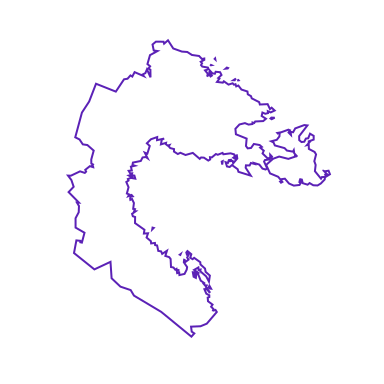 Zamboanga Sibugay, Zamboanga Sibugay, Philippines (Robinson projection), rotated 286°
{"feature_id": "2640588B82865823535715", "entity_name": "Zamboanga Sibugay", "entity_type": "district", "adm_level": 2, "iso_a3": "PHL", "parent_name": "Philippines", "parent_adm1": "Zamboanga Sibugay", "projection": "robinson", "projection_center": [122.765, 7.61], "detail": "fine", "context": "isolated", "style": "outline", "palette": "violet", "viewbox_px": 384, "rotation_deg": 286, "n_neighbors": 0, "source": "geoboundaries", "source_scale": "gbopen_adm2", "svg_char_len": 6124}
<svg xmlns="http://www.w3.org/2000/svg" viewBox="0 0 384 384"><g transform="rotate(286 192 192)"><path d="M56.7,233.2L57.7,230.2L62.3,228.2L65.3,237.2L69.5,242.5L83.5,248.9L85.1,247.1L84.0,245.5L84.0,244.8L85.4,244.9L87.0,242.0L89.4,242.8L91.4,237.5L94.8,236.2L95.8,237.6L97.5,237.1L98.2,233.8L102.0,230.7L102.7,232.0L102.1,234.0L100.4,236.3L100.2,237.2L104.7,231.4L106.2,231.8L105.9,230.1L107.3,228.0L107.7,228.1L107.7,229.0L107.8,229.0L109.2,224.8L115.0,220.3L114.6,218.7L110.5,219.4L111.0,216.9L115.1,214.9L116.3,219.5L117.7,215.5L121.2,218.9L118.8,219.9L119.8,221.6L118.1,221.8L114.8,228.9L110.5,233.0L116.6,232.2L119.0,227.1L122.0,225.6L124.7,220.1L126.8,219.3L129.3,212.2L127.6,211.1L128.3,208.4L132.0,208.5L134.0,203.9L132.3,203.2L130.7,204.2L131.8,205.0L130.9,206.1L127.7,205.4L126.0,207.3L123.0,205.0L124.7,203.7L124.7,203.1L122.2,203.5L118.5,208.0L115.9,208.3L111.2,207.4L108.7,202.8L111.0,201.9L109.9,200.1L113.8,198.3L112.7,197.3L114.3,195.0L114.1,192.5L121.7,189.9L123.1,188.0L123.2,184.0L128.6,184.1L124.3,180.4L126.4,178.7L126.1,175.8L131.0,173.2L130.8,171.2L132.8,170.4L131.3,166.9L133.4,166.0L135.7,160.9L140.2,161.1L138.8,157.2L142.6,156.7L146.4,145.8L152.3,144.2L152.4,141.8L154.5,140.4L158.0,143.2L157.7,141.7L159.8,141.9L159.6,140.1L165.4,139.2L168.7,136.3L167.5,134.9L168.8,134.3L170.5,134.2L171.5,136.2L172.5,134.7L170.4,131.9L172.3,132.3L172.6,129.8L179.1,129.7L183.5,126.1L185.5,127.8L186.8,126.8L188.7,129.3L189.2,133.8L191.9,132.1L191.6,130.0L189.4,130.8L190.4,126.8L191.8,129.3L193.5,129.3L192.8,127.5L194.9,125.3L196.1,128.2L199.5,126.3L201.5,129.8L201.6,127.3L204.0,127.1L207.7,134.2L211.6,135.0L212.9,137.9L212.2,140.0L216.8,135.8L216.5,138.5L224.6,138.7L226.4,135.2L231.4,138.0L235.2,143.4L232.2,144.1L235.7,150.5L233.9,148.5L229.2,149.0L232.1,153.5L230.8,153.6L229.9,155.8L230.9,157.4L229.5,157.0L228.2,159.0L228.3,162.9L225.9,163.5L224.6,167.9L226.5,170.0L225.8,175.6L229.8,182.0L226.0,190.3L227.7,191.2L228.3,194.0L226.7,199.0L228.3,200.5L230.4,199.7L230.7,201.5L235.1,204.5L234.9,206.5L238.0,210.6L236.9,211.7L239.8,218.4L239.8,222.1L238.5,223.0L239.6,225.0L236.7,226.3L230.9,223.7L233.1,222.5L232.2,220.3L233.6,220.4L232.8,218.6L229.8,218.5L229.9,216.1L226.2,218.6L226.4,221.3L228.9,223.0L226.5,229.6L224.2,231.1L223.9,244.0L230.1,236.9L232.5,236.5L233.4,240.1L236.1,240.6L236.2,244.6L237.0,243.8L236.9,249.2L233.9,253.3L233.9,256.5L235.3,257.8L241.1,252.9L242.8,253.3L244.4,256.9L248.5,249.2L251.5,249.6L253.4,245.4L254.6,246.7L255.8,244.1L255.2,238.2L250.6,236.6L249.3,233.5L251.1,231.2L258.4,229.8L259.6,218.3L264.7,216.3L270.0,219.0L272.8,223.9L272.4,227.8L274.0,231.4L275.5,231.0L275.5,232.8L277.2,233.3L279.8,240.9L282.8,242.9L284.3,238.0L287.8,237.8L287.4,240.9L288.8,243.3L290.6,242.6L290.2,245.7L293.1,249.0L295.0,245.3L293.2,244.1L297.3,240.5L294.8,233.1L296.9,231.8L298.5,223.6L300.4,222.3L301.3,218.7L303.9,217.6L304.1,211.3L307.1,207.2L305.7,205.4L307.6,204.1L306.7,202.8L307.7,201.1L305.3,197.5L307.2,192.1L305.6,191.5L304.7,185.7L308.5,187.1L308.8,185.8L312.6,188.1L314.9,186.0L314.1,181.6L312.0,181.4L311.7,178.9L313.6,175.8L312.0,175.6L309.4,179.0L308.2,178.0L309.8,176.0L307.2,174.7L310.0,174.6L312.5,171.0L314.6,174.1L316.0,173.0L315.4,167.3L316.5,165.7L318.5,166.2L319.6,164.5L322.4,167.4L323.7,167.0L322.6,164.9L324.7,161.3L323.7,154.1L325.3,148.9L324.2,143.6L324.8,134.4L331.2,127.1L326.9,124.3L328.6,123.2L326.6,115.9L322.9,113.4L317.5,116.2L318.0,120.0L312.0,113.9L302.7,113.9L301.3,117.1L298.7,116.1L298.1,118.3L290.8,120.5L297.5,114.9L293.4,114.4L291.3,112.1L290.1,113.7L291.4,103.8L286.5,102.8L287.1,100.7L283.1,98.8L281.6,95.6L267.5,91.1L269.6,69.9L250.6,68.2L238.0,64.3L212.4,64.7L211.5,69.4L207.7,73.9L208.3,78.5L204.7,86.1L195.5,86.2L191.6,87.4L191.2,89.2L189.5,88.5L189.4,89.8L188.6,90.2L188.7,86.7L183.9,83.3L182.4,84.6L180.8,83.7L181.0,78.7L174.3,71.1L173.6,68.3L170.2,72.8L164.4,76.8L157.9,73.4L150.6,86.3L150.1,84.3L147.4,87.2L141.3,88.7L134.7,87.3L125.7,89.9L123.2,99.9L113.0,100.1L112.9,98.5L114.3,98.1L113.6,94.2L100.8,95.4L90.7,119.5L102.4,132.9L86.9,138.5L81.3,149.3L80.8,160.1L76.4,164.8L68.3,195.4L52.8,231.3L56.7,233.2ZM265.5,259.1L262.6,254.2L262.1,256.7L259.6,258.8L259.7,268.9L258.0,271.8L258.6,277.9L260.3,278.3L257.4,279.6L255.0,283.5L256.0,280.4L254.7,281.8L250.4,275.5L250.1,266.0L246.3,260.8L238.5,255.8L231.4,261.9L230.4,270.6L228.5,273.4L230.4,277.6L226.9,282.9L226.2,288.1L228.4,293.4L230.7,294.0L231.2,292.6L232.6,293.8L233.0,292.4L234.1,292.5L234.2,294.2L231.0,296.0L230.9,301.1L233.0,302.6L231.9,306.7L232.9,310.9L235.7,313.5L240.6,316.1L243.2,315.7L242.1,312.7L240.4,312.3L245.9,304.4L252.1,303.4L255.3,301.1L262.3,300.9L264.3,298.8L265.6,292.5L269.7,291.1L268.8,289.6L272.6,291.4L272.4,290.4L272.9,290.3L275.9,294.5L279.5,293.5L280.6,289.4L275.7,288.9L274.7,286.7L271.3,286.1L270.2,283.5L271.4,280.8L275.2,279.6L287.8,284.6L287.3,281.5L281.6,273.7L277.3,272.7L277.0,270.2L274.1,271.4L275.8,268.4L278.3,269.1L278.5,267.5L273.1,260.0L269.5,260.7L265.5,259.1ZM248.3,313.5L246.5,316.6L245.5,315.3L243.9,316.8L247.1,319.7L250.1,317.4L248.3,313.5ZM237.0,225.5L237.9,223.4L236.4,222.3L235.6,224.9L237.0,225.5ZM249.4,256.9L246.8,257.7L246.6,258.9L248.0,259.2L249.4,256.9ZM284.3,247.2L283.9,248.5L286.2,251.0L285.4,247.8L284.3,247.2ZM229.4,212.2L226.7,213.5L230.1,213.0L229.4,212.2ZM105.0,234.2L104.1,235.9L104.3,237.0L106.7,234.6L105.0,234.2ZM146.9,163.9L145.1,164.1L146.9,165.1L146.9,163.9ZM226.3,273.9L225.5,275.0L226.6,276.1L227.3,275.2L226.3,273.9ZM319.8,190.3L320.6,192.3L321.1,192.5L321.2,191.2L319.8,190.3ZM313.1,202.9L310.9,201.0L311.0,201.4L311.6,201.9L311.4,202.3L313.1,202.9ZM246.3,257.6L245.9,256.8L245.2,257.7L246.3,257.6ZM244.8,315.9L243.9,315.9L243.3,316.2L244.8,315.9ZM114.4,216.7L113.6,217.3L114.8,217.5L114.4,216.7ZM325.8,177.9L326.8,177.4L326.2,177.1L325.8,177.9ZM272.0,258.3L272.7,258.6L272.3,257.8L272.0,258.3ZM129.2,198.2L128.4,197.6L128.3,198.1L129.2,198.2ZM312.4,205.7L311.6,204.8L312.2,206.0L312.4,205.7ZM249.6,312.5L248.5,312.4L248.1,312.4L249.6,312.5ZM319.5,174.4L319.0,175.2L319.3,175.8L319.5,174.4ZM114.1,200.5L113.4,200.4L113.2,200.6L114.1,200.5Z" fill="none" stroke="#5b21b6" stroke-width="2"/></g></svg>